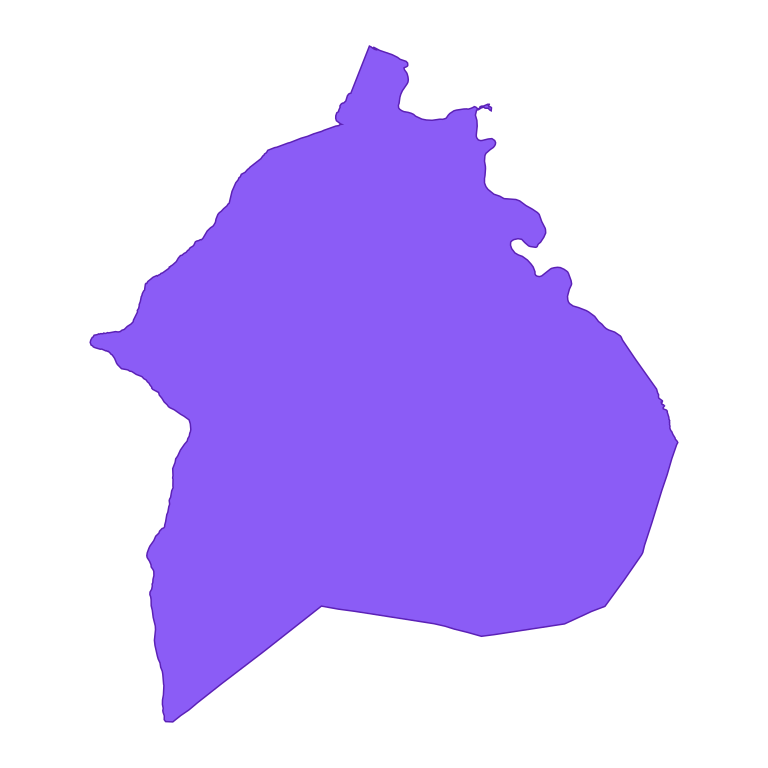 Kanel, Matam, Senegal
{"feature_id": "50182788B72122084264725", "entity_name": "Kanel", "entity_type": "district", "adm_level": 2, "iso_a3": "SEN", "parent_name": "Senegal", "parent_adm1": "Matam", "projection": "albers", "projection_center": [-13.164, 15.01], "detail": "fine", "context": "isolated", "style": "filled", "palette": "violet", "viewbox_px": 768, "rotation_deg": 0, "n_neighbors": 0, "source": "geoboundaries", "source_scale": "gbopen_adm2", "svg_char_len": 6073}
<svg xmlns="http://www.w3.org/2000/svg" viewBox="0 0 768 768"><path d="M635.2,358.9L622.5,340.1L621.2,337.1L620.3,335.9L614.7,332.1L608.7,330.0L606.3,328.7L604.3,327.0L601.9,324.2L598.5,321.5L594.7,316.4L588.6,311.9L586.3,310.6L578.6,307.6L573.1,306.0L569.5,303.5L568.4,301.8L567.8,299.9L567.5,296.3L569.4,289.2L571.4,284.8L571.6,283.8L571.1,280.7L568.5,273.5L567.7,272.0L566.8,271.2L564.1,269.3L560.4,267.6L557.5,267.3L554.3,267.7L551.5,268.4L550.3,269.1L541.6,276.0L539.4,276.6L537.2,276.2L535.8,275.4L535.4,274.6L535.0,273.9L535.0,271.8L533.2,267.0L531.1,264.1L527.5,260.1L522.4,256.4L518.3,254.9L514.9,252.9L511.7,248.7L510.5,245.2L510.7,242.1L511.9,240.8L513.8,239.6L518.0,238.7L521.7,239.3L524.7,242.5L528.6,245.9L530.2,246.5L534.8,247.2L535.9,247.3L536.8,246.9L537.3,246.3L537.9,244.7L538.6,243.8L540.5,242.3L543.8,237.3L545.7,233.0L545.5,229.6L545.2,228.3L541.7,221.5L539.2,214.4L537.5,212.6L532.3,209.1L526.0,205.6L519.7,200.9L515.9,199.5L504.0,198.6L499.8,196.2L493.9,194.2L488.0,189.4L485.9,186.6L484.5,182.9L484.5,178.5L485.0,175.6L485.5,168.8L485.4,166.3L484.5,161.2L484.9,155.7L485.9,153.4L490.1,149.7L493.4,147.4L494.8,145.6L495.4,144.2L495.6,142.6L494.7,140.5L491.9,138.6L488.1,139.0L482.0,140.5L480.5,140.6L478.3,139.9L476.8,137.9L476.3,136.4L476.3,134.7L477.2,126.1L476.9,120.4L475.4,115.1L476.6,110.1L478.5,109.7L481.3,107.9L483.7,107.1L485.1,108.2L488.2,108.3L489.9,110.1L491.2,110.8L491.5,107.8L490.6,106.9L489.1,106.8L488.2,105.3L489.3,104.8L489.3,104.3L487.8,104.2L483.4,106.1L481.7,106.1L480.1,106.7L479.6,108.3L478.6,108.7L477.4,108.5L475.8,107.1L474.2,106.6L473.9,107.0L471.3,108.2L468.1,109.2L466.9,108.9L463.8,109.0L456.4,110.1L453.9,110.8L449.8,113.5L448.3,115.1L446.3,118.0L445.5,118.5L442.8,119.3L439.8,119.2L432.1,120.3L426.4,120.0L421.9,119.1L415.6,116.2L413.6,114.4L411.3,113.3L408.3,112.4L403.8,111.6L401.6,110.6L399.5,109.1L398.6,107.8L398.4,105.2L399.1,103.3L399.9,97.3L400.8,94.2L402.4,90.7L407.2,83.7L408.0,82.0L408.3,79.8L408.0,77.0L407.2,74.0L406.6,72.7L404.6,70.0L404.0,68.2L404.1,67.7L406.4,66.8L407.5,66.0L407.8,65.2L407.6,63.0L406.0,61.3L400.1,59.3L397.6,57.4L392.2,54.7L379.7,50.4L373.8,47.3L373.4,47.6L373.6,48.0L374.2,48.6L375.8,49.2L376.1,49.7L374.8,49.4L372.7,48.2L371.1,46.9L369.4,46.1L350.8,93.3L349.6,93.5L348.6,94.1L347.4,95.8L345.8,101.0L343.7,103.0L342.6,103.1L341.4,103.8L340.4,105.1L339.9,106.0L340.1,107.2L338.6,110.6L338.6,111.6L336.8,112.8L335.8,115.7L335.7,118.3L336.4,120.7L340.7,124.0L341.5,124.3L339.9,124.6L338.8,125.6L335.7,126.1L323.9,130.3L321.8,131.3L314.0,133.7L307.6,136.3L301.1,138.2L289.9,142.6L288.1,143.0L276.8,147.2L274.7,147.6L267.8,150.3L266.4,152.7L264.5,154.0L263.9,155.2L262.8,156.0L260.9,158.7L250.0,167.2L248.8,168.6L247.6,169.4L245.1,172.3L241.3,174.3L240.3,176.8L239.0,177.7L238.1,179.9L235.8,182.7L232.0,191.4L229.2,203.2L228.1,204.0L226.9,205.9L223.8,208.5L221.2,211.3L219.3,212.7L217.9,214.4L216.0,219.1L215.4,222.3L213.8,225.1L212.9,226.2L210.5,227.8L207.2,231.0L203.0,238.2L201.5,239.7L200.3,239.7L198.9,240.5L196.6,241.1L195.4,241.8L193.8,245.2L192.7,246.3L190.4,247.6L189.6,248.4L188.9,249.8L187.7,250.4L186.1,252.4L184.1,253.4L182.0,255.2L180.4,255.6L178.3,258.1L176.3,261.6L172.5,265.0L170.7,266.1L169.9,267.0L169.4,266.9L168.8,268.4L162.4,273.0L161.1,273.3L160.1,274.4L158.3,275.2L157.4,276.0L156.7,275.6L153.1,277.2L147.8,281.5L146.7,283.5L146.0,283.4L145.4,284.1L144.5,290.3L143.7,290.9L142.4,293.4L141.8,295.8L141.3,296.5L140.3,301.6L139.2,304.5L139.2,305.9L138.6,308.4L137.3,310.4L137.5,312.0L133.4,320.2L133.3,321.5L132.7,322.3L130.8,324.2L127.3,326.4L124.3,329.4L121.7,330.3L120.4,331.5L118.2,332.0L115.6,331.6L108.6,332.9L107.6,332.6L105.8,333.4L104.5,333.4L103.9,333.0L103.0,333.7L100.3,333.7L99.1,334.2L98.6,333.9L97.3,334.6L94.1,335.2L93.2,336.9L92.2,337.5L90.8,340.0L90.2,342.4L91.1,345.1L92.6,345.9L93.3,346.9L95.1,347.7L100.2,349.2L101.8,349.1L105.9,350.9L106.4,350.7L107.4,351.4L108.2,351.3L110.0,352.9L111.0,354.2L112.2,354.9L114.6,358.4L116.5,363.0L117.5,364.6L121.5,368.7L126.9,369.7L128.0,370.0L129.7,371.1L131.8,371.5L136.2,374.4L141.2,376.3L142.4,377.0L143.6,378.5L146.3,380.1L147.3,381.7L149.1,383.3L149.9,384.9L151.8,387.3L151.7,388.1L152.8,389.4L158.6,392.5L159.3,395.1L161.8,398.1L164.2,402.0L167.1,404.7L168.5,406.7L170.1,407.8L174.3,409.8L180.7,414.3L184.0,416.2L189.1,419.9L190.3,423.8L190.8,429.6L190.3,432.1L189.8,433.0L189.2,436.3L187.9,438.4L187.1,441.2L184.5,444.2L180.4,450.1L177.7,456.0L175.7,458.8L175.1,462.4L172.7,468.6L173.0,475.7L172.6,478.0L173.0,479.2L172.9,486.1L173.1,487.7L171.7,490.8L170.6,497.3L169.6,499.1L169.2,500.6L169.6,503.7L169.5,504.8L168.8,506.6L167.8,512.3L166.8,514.6L165.6,521.8L164.7,525.1L164.6,526.8L163.7,528.0L162.1,528.5L159.6,531.1L158.9,533.1L155.7,536.2L153.8,540.6L149.9,546.1L148.8,548.5L147.2,552.9L146.8,555.7L147.2,557.6L149.5,561.2L151.0,564.7L151.2,567.0L153.1,569.7L153.8,571.4L153.9,575.6L153.0,579.3L152.8,582.6L152.1,584.1L152.3,586.0L152.0,587.5L151.7,589.2L150.0,592.1L149.9,594.7L150.7,596.9L151.1,599.7L151.2,605.8L152.3,610.2L153.2,617.5L155.3,626.0L155.5,629.7L154.4,640.3L155.0,645.5L157.4,656.2L158.2,659.0L160.0,662.9L160.7,667.3L162.3,671.3L162.8,674.4L163.6,684.3L163.9,685.4L163.4,695.0L162.5,700.0L162.4,704.4L163.2,708.3L162.8,710.6L163.1,712.4L164.3,715.8L164.2,719.7L165.6,721.6L172.8,721.9L180.8,715.5L189.1,709.8L197.4,702.8L222.0,683.4L263.5,651.7L321.4,606.1L338.2,609.1L354.6,611.3L434.0,623.7L445.0,626.2L454.3,629.1L467.6,632.4L481.4,636.3L494.5,634.6L564.6,623.9L591.4,611.5L605.0,606.3L623.8,580.5L641.6,554.8L642.8,552.5L644.5,545.4L651.9,522.7L661.8,490.5L667.2,474.6L671.8,458.7L676.7,444.6L677.8,442.6L677.2,441.3L675.3,439.1L675.0,437.8L672.9,434.4L671.7,431.5L670.8,430.6L669.8,428.0L670.0,426.2L669.5,424.3L669.7,422.8L669.4,422.2L669.7,420.7L669.0,419.2L668.8,417.1L667.2,412.1L667.3,411.2L666.5,410.1L663.2,408.8L663.2,407.5L664.5,405.9L663.5,404.8L662.5,404.7L661.6,403.7L661.3,402.3L661.9,402.4L661.7,401.9L662.4,401.5L662.4,400.8L658.9,398.2L658.5,397.0L658.6,394.6L657.7,393.1L656.6,389.1L635.2,358.9Z" fill="#8b5cf6" stroke="#5b21b6" stroke-width="1.5"/></svg>